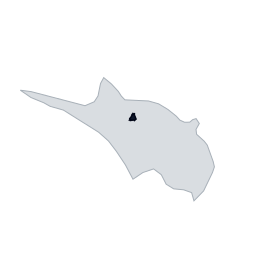 Louroukina, Cyprus shown in context, rotated 230°
{"feature_id": "46923920B91087779274595", "entity_name": "Louroukina", "entity_type": "district", "adm_level": 2, "iso_a3": "CYP", "parent_name": "Cyprus", "parent_adm1": "", "projection": "mercator", "projection_center": [33.49, 35.022], "detail": "fine", "context": "in_parent", "style": "filled", "palette": "ink", "viewbox_px": 256, "rotation_deg": 230, "n_neighbors": 0, "source": "geoboundaries", "source_scale": "gbopen_adm2", "svg_char_len": 1655}
<svg xmlns="http://www.w3.org/2000/svg" viewBox="0 0 256 256"><g transform="rotate(230 128 128)"><path d="M179.8,135.7L182.2,141.8L172.3,143.6L162.3,144.1L156.8,143.4L151.6,143.7L135.5,161.1L126.8,167.0L116.5,170.5L106.0,172.6L100.7,172.8L96.1,175.0L92.8,179.0L92.8,183.0L91.4,186.2L85.6,185.5L83.2,179.2L79.1,176.5L68.9,177.9L63.9,177.7L47.6,171.7L42.7,169.2L39.6,164.1L31.2,145.5L29.8,131.7L37.6,135.2L44.9,130.9L52.0,123.9L60.4,121.1L65.6,122.3L70.8,123.5L80.2,121.3L84.3,110.9L85.6,98.9L101.4,102.3L117.5,104.1L130.6,104.7L143.6,102.8L183.3,90.0L194.6,82.3L201.5,79.7L213.6,73.3L226.2,69.8L218.1,77.2L172.7,109.4L169.8,119.0L171.8,125.6L178.2,133.6L179.8,135.7Z" fill="#d9dde1" stroke="#a8b0b8" stroke-width="1"/><path d="M132.4,134.5L132.3,134.8L132.0,134.9L131.8,135.2L131.8,135.7L131.6,136.0L131.2,136.2L131.1,136.5L130.8,137.1L130.4,137.5L129.6,137.6L129.6,138.3L129.6,138.8L129.7,139.3L129.6,139.8L129.9,140.0L130.4,140.2L130.9,140.1L131.1,140.3L131.4,140.5L131.8,140.6L132.2,140.8L132.7,140.8L133.2,140.9L133.5,141.3L133.8,141.4L134.4,141.5L134.6,141.7L134.9,142.1L135.1,141.9L135.3,141.8L135.3,141.4L135.4,141.2L135.3,140.9L135.1,140.6L135.2,140.4L135.2,140.2L135.4,139.9L135.8,140.2L135.7,139.6L135.4,139.4L135.1,139.2L135.1,138.9L135.0,138.7L134.9,138.2L134.7,137.9L134.6,137.7L134.5,137.4L134.3,136.9L134.3,136.7L134.3,136.4L134.2,135.9L134.2,135.5L134.1,135.3L134.0,135.2L133.9,135.2L133.7,135.2L133.6,135.3L133.4,135.2L133.4,135.3L133.1,135.3L133.1,135.2L132.8,135.3L132.8,135.1L132.8,134.8L133.0,134.7L133.1,134.3L133.1,134.2L132.7,134.4L132.5,134.5L132.4,134.5L132.4,134.5Z" fill="#0f172a" stroke="#020617" stroke-width="1.5"/></g></svg>